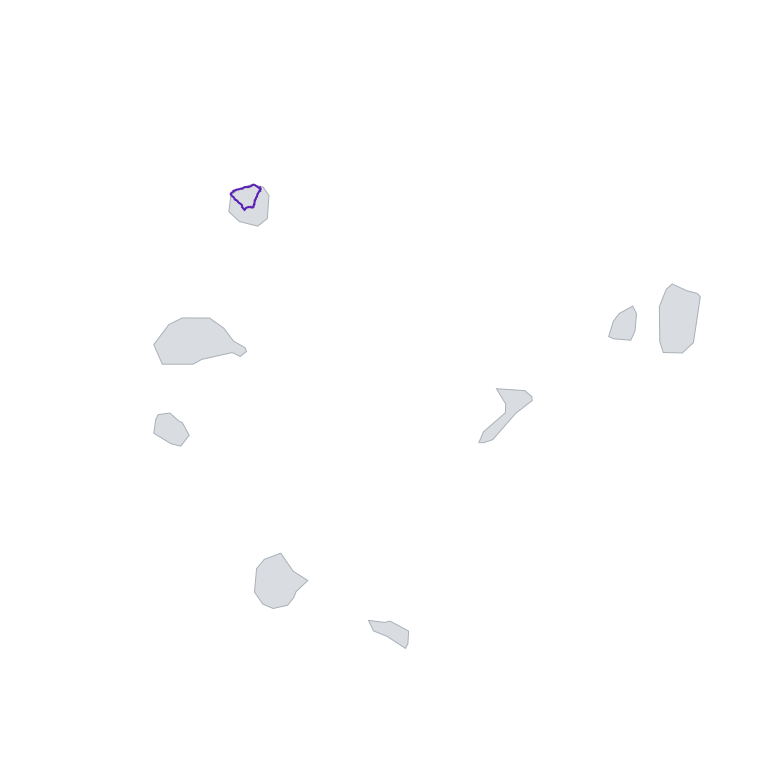 Nossa Senhora Da Conceicao, São Filipe, Cabo Verde (highlighted), rotated 124°
{"feature_id": "66160863B39753348448887", "entity_name": "Nossa Senhora Da Conceicao", "entity_type": "district", "adm_level": 2, "iso_a3": "CPV", "parent_name": "Cabo Verde", "parent_adm1": "São Filipe", "projection": "albers", "projection_center": [-24.43, 14.881], "detail": "fine", "context": "in_parent", "style": "outline", "palette": "violet", "viewbox_px": 768, "rotation_deg": 124, "n_neighbors": 0, "source": "geoboundaries", "source_scale": "gbopen_adm2", "svg_char_len": 5275}
<svg xmlns="http://www.w3.org/2000/svg" viewBox="0 0 768 768"><g transform="rotate(124 384 384)"><path d="M491.5,578.9L480.1,596.9L455.0,595.6L442.1,588.2L426.9,565.6L427.3,548.1L432.6,532.9L431.6,519.7L433.8,516.2L441.5,518.5L442.8,527.4L465.7,549.0L474.2,553.2L491.5,578.9ZM165.9,199.0L147.6,203.0L139.9,201.0L137.4,185.4L133.8,175.2L134.7,170.6L176.7,150.6L191.4,154.0L201.7,170.1L194.7,179.0L165.9,199.0ZM589.6,337.3L605.3,340.8L611.3,339.4L621.3,340.2L632.1,350.4L634.2,361.3L629.0,375.0L608.3,386.4L596.3,385.2L582.0,375.0L590.0,354.7L589.6,337.3ZM327.9,609.0L313.1,616.5L302.8,613.2L293.0,605.5L288.3,594.3L292.1,584.7L312.0,573.3L323.8,577.0L330.2,594.7L327.9,609.0ZM369.2,262.7L376.9,268.5L379.5,272.6L368.0,274.8L339.9,267.3L332.5,271.9L325.0,288.1L310.8,263.6L311.8,254.5L314.8,251.9L334.7,258.4L369.2,262.7ZM541.0,553.4L535.7,554.1L527.8,545.3L529.5,533.1L528.6,529.9L535.5,516.8L549.2,517.8L552.7,527.5L553.5,547.4L541.0,553.4ZM219.0,224.3L203.5,229.0L194.0,228.4L180.3,221.4L184.6,213.9L199.5,205.6L209.7,203.9L218.1,218.8L219.0,224.3ZM594.6,254.6L588.6,264.7L581.2,250.0L577.2,246.5L575.1,225.4L585.9,219.0L591.2,218.4L591.5,240.3L594.6,254.6Z" fill="#d9dde1" stroke="#a8b0b8" stroke-width="1"/><path d="M312.3,617.3L312.3,616.8L312.4,616.7L312.5,616.6L312.7,616.3L312.7,616.2L312.8,616.0L312.8,615.8L313.0,615.6L313.1,615.3L313.1,615.2L313.2,614.9L313.3,614.6L313.3,614.4L313.2,614.2L313.2,613.9L313.2,613.6L313.2,613.4L313.2,613.2L313.3,612.9L313.3,612.7L313.5,612.4L313.6,612.2L313.8,611.8L313.9,611.6L314.1,611.5L314.1,611.3L314.2,611.2L314.3,611.1L314.4,610.6L314.3,610.4L314.5,610.1L314.4,609.8L314.4,609.7L314.2,609.5L314.1,609.4L314.1,609.2L314.1,608.9L314.1,608.7L314.3,608.5L314.2,608.0L314.3,607.8L314.4,607.7L314.5,607.4L314.4,607.3L314.4,607.2L314.5,607.0L314.7,606.7L314.8,606.6L314.8,606.4L314.9,606.2L314.9,605.9L314.9,605.6L314.8,605.3L314.8,605.1L315.0,604.9L314.9,604.5L314.8,604.3L314.8,604.1L314.9,603.8L314.9,603.6L315.0,603.4L315.0,602.9L315.0,602.7L315.0,602.4L314.9,602.3L314.9,602.1L315.0,601.9L315.1,601.7L315.3,601.5L315.5,601.5L315.8,601.3L315.9,601.1L316.1,600.9L316.6,600.8L316.6,600.4L316.8,600.0L316.9,599.6L316.9,599.4L317.1,599.0L317.4,598.5L317.4,598.3L317.4,598.1L317.5,597.9L317.5,597.7L317.5,597.3L317.6,597.0L317.4,597.0L317.2,597.0L316.9,597.0L316.8,596.9L316.7,597.0L316.3,597.1L316.2,597.0L315.7,597.0L315.5,596.8L315.0,596.7L314.8,596.7L314.7,596.5L314.6,596.4L314.2,596.2L313.9,596.0L313.7,595.9L313.5,595.7L313.3,595.5L313.2,595.5L313.0,595.4L312.9,595.3L313.0,595.1L312.8,594.9L312.7,594.4L312.6,594.2L312.4,594.1L312.1,593.7L311.9,593.6L312.0,593.5L311.9,593.2L311.7,593.1L311.6,592.7L311.4,592.4L311.4,592.0L311.3,591.8L311.3,591.7L311.5,591.6L311.6,591.4L311.7,591.1L311.5,591.3L311.4,591.4L310.9,591.4L310.6,591.4L310.5,591.5L310.4,591.4L310.3,591.5L310.2,591.6L309.9,591.5L309.8,591.4L309.6,591.5L309.4,591.5L309.2,591.5L308.7,591.7L308.5,591.8L308.5,592.0L308.3,592.0L308.2,592.1L307.9,592.2L307.7,592.3L307.5,592.2L307.5,592.3L307.3,592.4L307.1,592.5L306.9,592.4L306.7,592.5L306.4,592.7L305.9,592.8L305.7,592.9L305.4,593.1L305.2,593.1L304.8,593.3L304.7,593.3L304.6,593.5L304.4,593.7L304.2,593.6L304.0,593.8L303.9,593.7L303.8,593.8L303.4,593.8L303.1,593.7L302.9,593.8L302.6,593.7L302.5,593.8L302.4,593.8L302.2,593.8L301.8,594.0L301.7,594.1L301.2,594.2L301.1,594.3L300.8,594.2L300.6,594.2L300.4,594.2L300.2,594.3L299.9,594.3L299.7,594.3L299.6,594.2L299.5,594.3L299.4,594.3L299.1,594.3L298.8,594.5L298.5,594.6L298.3,594.7L298.2,594.8L297.8,594.9L297.6,594.9L297.6,595.0L297.2,595.0L296.9,595.1L296.6,595.1L296.3,595.1L296.0,595.2L295.9,595.2L295.6,595.1L295.4,595.2L295.2,595.2L294.7,595.2L294.4,595.0L294.2,595.1L293.9,595.0L293.8,594.9L293.6,594.8L293.6,595.0L293.3,594.9L293.2,595.0L292.8,595.2L292.8,595.3L292.7,595.3L292.4,595.3L292.2,595.2L291.8,595.2L291.7,595.3L291.6,595.2L291.5,595.3L291.3,595.4L291.2,595.4L291.1,595.6L291.0,596.0L290.9,596.1L290.7,596.2L290.7,596.6L290.8,596.8L290.8,596.7L290.7,596.6L290.9,596.4L291.0,596.4L290.9,596.5L291.0,596.5L291.2,596.8L291.4,597.0L291.3,597.3L291.3,597.5L291.2,597.6L291.2,597.8L291.3,597.9L291.3,598.4L291.3,598.6L291.3,598.9L291.4,599.0L291.3,599.5L291.2,599.9L291.3,600.5L291.3,600.8L291.3,601.3L291.2,601.7L291.2,602.0L291.5,602.7L291.6,603.2L291.6,603.6L291.8,603.9L292.1,604.0L292.5,604.2L292.9,604.4L293.9,604.7L294.0,604.8L294.3,605.0L294.5,605.1L294.8,605.2L295.0,605.3L295.3,605.5L295.6,605.9L296.0,606.1L296.1,606.4L296.3,606.4L296.4,606.6L296.9,606.9L297.0,607.1L297.2,607.5L297.4,607.8L297.5,607.9L297.5,608.0L297.7,608.3L297.9,608.6L298.0,608.8L298.3,609.0L298.5,609.3L298.7,609.5L298.8,609.7L299.0,609.8L299.3,609.9L299.6,610.0L299.8,610.1L300.5,610.3L300.8,610.3L301.2,610.5L301.4,610.7L301.5,610.9L301.6,611.1L301.8,611.3L301.8,611.5L302.1,611.8L302.4,612.1L302.6,612.3L302.8,612.5L303.1,612.8L303.6,613.0L303.9,613.3L304.0,613.4L304.3,613.6L304.3,613.8L304.5,614.0L304.8,614.5L305.0,614.7L305.1,614.8L305.4,615.0L305.9,615.2L306.0,615.3L306.3,615.7L306.5,615.7L306.8,615.7L307.4,615.9L307.5,616.0L307.6,616.4L307.8,616.7L308.0,616.6L308.3,616.8L308.4,616.7L308.5,616.7L309.0,616.5L309.6,616.7L310.2,617.1L310.3,617.2L310.6,617.3L310.8,617.3L311.1,617.4L311.9,617.3L312.3,617.3Z" fill="none" stroke="#5b21b6" stroke-width="2"/></g></svg>